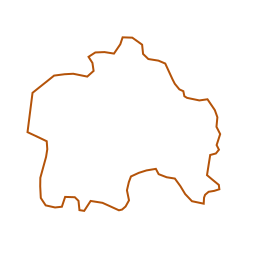 outline of Jeongeup-si, North Jeolla, South Korea, rotated 9°
{"feature_id": "91817680B14892127844453", "entity_name": "Jeongeup-si", "entity_type": "district", "adm_level": 2, "iso_a3": "KOR", "parent_name": "South Korea", "parent_adm1": "North Jeolla", "projection": "mercator", "projection_center": [126.936, 35.604], "detail": "fine", "context": "isolated", "style": "outline", "palette": "amber", "viewbox_px": 256, "rotation_deg": 9, "n_neighbors": 0, "source": "geoboundaries", "source_scale": "gbopen_adm2", "svg_char_len": 1169}
<svg xmlns="http://www.w3.org/2000/svg" viewBox="0 0 256 256"><g transform="rotate(9 128 128)"><path d="M202.0,87.2L194.2,89.6L181.6,89.0L178.7,87.8L176.9,83.0L172.7,81.8L167.3,77.0L164.3,72.9L160.7,67.5L154.7,58.5L147.5,56.7L137.3,56.7L131.3,52.5L128.9,43.5L118.1,38.1L108.5,39.3L107.3,46.5L102.5,56.7L92.9,56.7L83.9,58.5L78.2,63.6L77.9,63.9L82.7,69.3L85.1,77.0L79.7,83.6L65.4,83.0L57.0,84.8L46.8,87.8L40.8,94.4L34.2,101.6L28.2,108.2L29.4,147.8L32.4,148.7L43.8,152.0L49.8,153.8L51.6,161.6L51.6,169.4L49.8,185.5L49.2,190.9L50.4,199.3L52.8,210.7L54.3,212.4L58.8,217.3L68.4,217.9L75.0,216.1L76.7,205.9L86.3,204.7L90.5,207.7L92.9,216.7L97.7,216.7L102.5,205.9L114.5,205.9L121.1,207.7L131.9,210.7L134.9,209.5L137.9,205.9L140.3,199.3L136.7,189.7L137.3,181.3L138.5,175.4L145.7,170.6L152.9,167.0L161.9,164.0L165.5,168.8L173.9,170.6L182.2,170.6L188.8,177.2L194.8,184.3L202.6,190.3L214.6,190.9L214.0,184.9L214.6,181.9L217.6,178.4L223.0,176.6L227.8,174.2L226.6,170.0L219.4,165.8L213.4,162.2L213.4,155.0L213.4,147.2L213.4,141.8L218.8,139.4L221.2,135.2L218.2,131.0L220.0,119.6L215.2,113.0L214.6,103.4L211.0,96.8L202.0,87.2Z" fill="none" stroke="#b45309" stroke-width="2"/></g></svg>